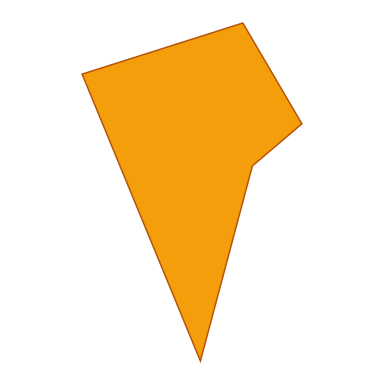 the state/province of Boe
{"feature_id": "NRU-4971", "entity_name": "Boe", "entity_type": "state/province", "adm_level": 1, "iso_a3": "NRU", "parent_name": "Nauru", "parent_adm1": "", "projection": "albers", "projection_center": [166.917, -0.541], "detail": "fine", "context": "isolated", "style": "filled", "palette": "amber", "viewbox_px": 384, "rotation_deg": 0, "n_neighbors": 0, "source": "natural_earth", "source_scale": "10m", "svg_char_len": 201}
<svg xmlns="http://www.w3.org/2000/svg" viewBox="0 0 384 384"><path d="M200.4,361.0L82.1,74.1L242.8,23.0L301.9,123.8L252.4,165.9L200.4,361.0Z" fill="#f59e0b" stroke="#b45309" stroke-width="1.5"/></svg>